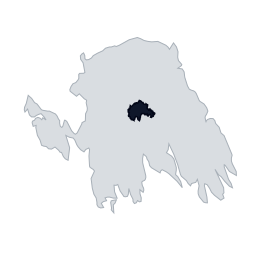 Birr Lea-6, Offaly, Ireland shown in context, rotated 260°
{"feature_id": "5873133B95472927677681", "entity_name": "Birr Lea-6", "entity_type": "district", "adm_level": 2, "iso_a3": "IRL", "parent_name": "Ireland", "parent_adm1": "Offaly", "projection": "robinson", "projection_center": [-7.878, 53.106], "detail": "fine", "context": "in_parent", "style": "filled", "palette": "ink", "viewbox_px": 256, "rotation_deg": 260, "n_neighbors": 0, "source": "geoboundaries", "source_scale": "gbopen_adm2", "svg_char_len": 7887}
<svg xmlns="http://www.w3.org/2000/svg" viewBox="0 0 256 256"><g transform="rotate(260 128 128)"><path d="M167.4,42.6L161.2,45.8L160.3,47.0L158.5,52.0L158.3,53.5L154.4,59.0L152.2,60.2L148.9,61.1L147.1,62.0L144.7,61.5L141.7,61.6L140.2,62.6L140.3,63.3L141.2,64.2L146.7,66.8L146.4,67.8L144.8,69.0L135.0,72.0L132.0,73.9L131.0,75.1L132.0,77.1L139.9,83.1L141.3,83.7L142.4,87.2L149.4,88.7L152.3,90.8L154.7,91.4L160.1,91.2L162.2,92.0L163.4,91.4L164.1,90.2L170.1,86.0L168.2,82.8L174.2,77.4L175.9,77.4L178.7,79.1L181.1,81.4L181.8,84.5L184.1,87.2L185.5,88.2L189.3,88.8L190.2,89.8L189.6,93.8L190.2,95.2L200.0,95.1L203.9,93.3L207.3,93.6L208.9,95.4L209.7,97.3L206.8,98.0L203.7,97.6L202.3,98.8L202.2,101.2L203.3,104.2L205.3,106.3L207.0,111.1L208.4,116.5L210.5,119.7L211.0,123.7L210.7,125.7L211.2,129.2L210.3,130.5L211.0,133.8L214.7,144.5L215.5,152.9L213.7,156.0L211.4,159.0L209.9,162.5L208.7,166.3L208.1,172.4L203.0,179.6L200.8,181.4L198.3,182.5L203.9,187.6L199.4,189.8L194.4,190.5L189.0,189.2L185.6,189.4L181.2,192.0L180.2,191.5L178.2,187.4L176.7,191.7L173.5,193.0L168.1,192.7L159.1,193.9L155.6,195.1L154.2,197.0L153.1,199.2L151.7,200.5L150.1,201.2L143.1,202.8L141.8,203.4L138.5,207.0L134.3,209.0L130.8,209.6L127.6,207.6L126.4,206.3L124.9,205.7L120.1,205.8L121.6,206.4L122.6,207.9L123.1,210.7L122.5,213.4L120.2,214.8L117.3,215.1L112.9,217.9L107.0,218.7L103.8,221.3L84.2,225.7L83.1,225.8L80.4,224.6L77.5,224.1L74.6,224.5L66.4,227.0L62.4,226.5L67.6,220.3L74.4,217.2L75.1,216.4L72.9,216.0L60.0,218.1L55.5,219.9L51.0,220.5L53.1,217.7L58.9,213.9L63.9,211.3L66.1,209.1L72.2,206.5L52.6,211.8L47.5,211.2L46.3,209.7L42.3,210.4L40.8,206.8L46.8,201.4L50.3,199.1L54.4,197.9L58.4,196.1L59.8,193.9L58.0,193.2L46.2,193.7L40.5,193.2L40.9,191.5L41.9,189.6L47.8,186.3L51.0,185.7L53.8,186.1L58.8,188.0L65.4,187.4L62.7,185.3L62.3,181.0L60.2,179.5L62.9,177.6L66.0,176.4L71.2,172.2L73.1,171.6L83.3,170.6L94.3,168.5L105.3,165.5L99.7,163.8L97.0,161.6L92.7,166.1L89.6,167.8L80.8,168.7L78.0,168.2L74.1,166.8L72.9,167.3L71.8,168.4L66.0,170.6L59.8,171.1L67.0,167.1L76.0,160.3L78.1,158.2L81.0,154.4L80.1,152.8L78.2,151.8L84.8,144.2L87.1,142.8L91.3,142.6L94.3,141.3L95.7,141.3L96.9,140.9L99.6,138.6L95.5,137.1L91.2,136.4L78.0,137.2L76.3,137.0L74.7,136.3L73.6,135.3L72.9,132.7L71.9,132.1L68.9,132.1L66.0,132.9L64.0,132.8L62.0,131.7L65.2,129.0L61.1,128.4L56.9,128.9L53.4,128.1L53.3,126.4L54.9,124.8L52.9,123.2L52.5,121.2L54.7,120.2L57.1,120.5L62.0,119.0L68.3,118.3L62.9,116.9L60.8,115.6L60.7,113.7L61.2,112.1L67.4,109.3L74.1,108.1L73.6,106.3L74.1,104.3L67.4,103.7L60.8,105.1L61.5,101.4L63.1,98.0L63.5,95.7L63.2,93.3L60.1,94.3L59.8,91.0L58.5,88.6L53.9,90.2L54.0,87.2L55.4,85.0L57.8,84.1L60.2,84.5L64.6,84.5L68.8,82.9L74.9,82.4L84.7,82.9L91.4,87.5L93.1,86.7L95.8,83.8L97.1,83.5L107.2,84.7L113.4,86.4L115.1,85.9L114.2,82.7L112.1,80.5L114.8,77.6L118.1,75.6L120.3,74.7L125.4,73.5L127.6,72.3L129.1,68.6L131.5,65.5L118.7,67.1L106.6,63.4L108.5,60.9L111.1,59.4L115.5,58.3L115.9,56.9L118.2,55.8L121.9,52.8L120.5,49.0L121.3,46.2L123.9,44.4L124.8,41.8L126.0,39.9L131.3,39.3L136.5,37.5L144.5,37.3L146.5,38.0L146.1,34.9L149.8,34.5L151.3,35.1L151.9,37.3L153.6,38.7L154.1,41.1L153.0,43.0L151.1,44.5L152.9,45.9L150.1,48.7L153.1,47.5L157.2,44.9L157.0,42.7L156.3,40.0L155.1,37.6L155.7,34.9L158.0,33.2L164.1,32.4L161.6,29.3L163.8,29.0L166.3,29.7L169.9,32.1L177.5,35.4L173.8,38.3L169.2,40.4L167.4,42.6ZM59.4,102.6L59.3,104.1L56.3,102.2L54.9,100.2L46.9,99.3L50.3,97.3L51.9,97.9L57.6,98.0L59.2,98.8L59.4,102.6Z" fill="#d9dde1" stroke="#a8b0b8" stroke-width="1"/><path d="M147.4,151.3L147.4,151.0L147.8,150.8L147.9,150.7L148.0,150.6L148.3,150.3L148.3,150.0L148.5,149.9L148.3,149.8L148.1,149.7L148.4,149.5L148.3,149.3L148.3,148.7L148.5,148.3L148.8,147.8L149.0,147.6L149.3,147.5L149.5,147.5L150.1,147.3L150.5,147.1L150.3,146.6L151.1,146.0L151.7,145.8L152.4,145.2L152.6,144.9L152.5,144.7L152.8,144.5L153.1,144.1L153.2,143.9L153.0,143.7L152.1,143.5L152.2,143.3L152.2,143.1L152.0,142.9L151.9,142.8L151.7,142.6L151.4,142.5L151.2,142.2L150.8,141.8L150.8,141.6L150.8,141.4L151.2,141.2L151.4,140.9L151.4,140.6L151.4,140.3L150.9,139.8L150.9,139.7L150.6,139.5L150.7,139.4L150.8,139.4L150.9,139.5L151.0,139.5L151.2,139.3L151.2,139.2L150.9,139.2L151.0,139.0L151.0,138.9L150.8,138.8L150.7,138.8L150.7,138.7L150.7,138.4L150.8,138.2L150.6,137.9L150.3,137.8L150.0,137.7L149.6,137.1L149.4,137.1L149.1,137.1L149.4,137.0L149.6,136.5L149.0,136.1L148.8,135.9L148.6,135.4L148.5,134.8L149.6,134.3L149.7,134.2L149.0,134.0L148.9,134.0L148.7,134.1L148.7,133.9L148.4,133.6L148.2,133.8L147.7,134.0L147.0,133.6L147.0,133.4L146.0,132.8L146.3,132.6L146.7,132.4L146.4,132.2L146.3,131.9L146.1,131.4L145.7,131.5L145.5,131.4L145.2,131.3L144.9,131.1L144.7,131.3L143.9,131.1L143.2,131.1L142.8,131.3L143.0,131.4L142.8,131.8L142.5,131.5L142.2,131.4L141.9,131.5L141.3,131.4L140.9,131.1L140.8,130.9L140.5,130.8L140.4,130.7L140.1,130.7L139.9,130.7L139.7,130.6L139.4,130.7L139.2,130.9L138.9,131.3L139.0,131.4L138.9,131.5L139.0,131.6L138.9,131.8L138.5,131.8L138.2,132.0L137.9,132.1L137.6,132.0L137.3,131.9L137.1,132.1L137.1,132.3L137.0,132.5L136.8,132.6L136.5,132.7L136.2,132.6L135.8,132.6L135.6,132.7L135.6,132.8L135.6,133.0L135.7,133.4L135.6,133.5L135.5,133.8L135.4,134.1L135.2,134.3L134.8,134.4L134.7,134.8L134.6,135.0L134.4,135.2L135.0,135.3L135.1,135.5L135.3,135.7L135.5,135.7L135.6,136.2L136.3,136.3L136.5,136.4L136.6,136.6L137.3,136.9L137.8,137.3L138.0,137.6L137.9,137.8L137.9,138.0L137.7,138.5L137.3,138.8L137.3,139.0L137.0,139.3L136.6,139.3L136.3,139.2L136.2,139.3L135.9,139.2L135.7,139.2L135.5,139.3L135.3,139.3L135.2,139.2L134.7,139.3L134.2,139.6L134.0,139.8L133.9,139.9L133.7,140.2L133.4,140.4L133.3,140.5L133.6,140.6L133.7,140.8L133.8,140.9L134.2,141.0L134.4,141.1L134.5,141.3L134.8,141.4L135.0,141.4L135.1,141.5L135.3,141.5L135.7,141.6L135.9,141.6L136.0,141.7L136.1,141.8L136.3,141.8L136.4,142.0L136.5,142.1L137.0,142.1L137.3,142.2L137.5,142.3L137.7,142.5L137.9,142.6L138.1,142.7L138.4,142.8L138.6,142.9L138.8,143.0L139.0,143.1L139.1,143.3L139.2,143.5L139.5,143.6L139.8,143.8L139.8,144.0L139.6,144.1L139.6,144.3L139.8,144.6L139.8,144.8L139.6,145.1L139.5,145.3L139.6,145.5L139.6,145.8L139.4,145.9L139.4,146.0L139.3,146.3L139.2,146.4L139.1,146.5L139.2,146.8L138.9,146.9L138.5,146.8L138.1,147.0L138.4,147.5L138.2,147.6L138.1,147.9L138.2,148.0L138.3,148.0L138.1,148.3L138.1,148.6L138.2,148.8L138.5,149.0L138.7,149.4L138.5,149.5L138.3,149.5L138.0,149.4L137.9,149.4L137.6,149.3L137.4,149.3L136.9,149.2L136.8,149.3L136.5,149.5L136.3,149.9L136.3,150.0L136.5,150.1L136.8,150.3L137.2,150.5L137.1,150.9L137.5,151.5L137.6,151.8L137.3,151.8L137.2,151.9L137.2,152.1L137.3,152.3L137.2,152.3L136.9,152.7L136.1,152.8L135.9,152.7L135.5,152.6L135.1,152.3L134.8,152.2L134.8,152.4L134.7,152.5L134.4,152.8L134.8,153.3L135.1,153.6L134.9,154.1L135.0,154.4L135.0,154.5L135.1,154.8L135.4,154.7L135.6,154.7L135.7,154.9L135.9,154.9L136.2,155.0L136.4,155.1L136.7,155.2L136.9,155.2L137.2,155.3L137.0,155.5L136.9,155.6L136.9,156.0L136.7,156.0L136.8,156.1L137.1,156.4L137.1,156.5L137.4,156.6L137.5,156.8L137.9,156.9L138.0,156.8L138.2,156.6L138.1,156.4L138.5,156.2L138.8,156.0L138.9,155.7L138.9,155.4L138.6,155.1L138.2,154.7L138.4,154.5L139.1,154.8L139.2,155.0L139.3,155.4L139.4,155.5L139.6,155.4L139.8,155.2L140.1,155.2L140.1,154.9L140.0,154.7L139.9,154.6L140.0,154.4L140.3,154.6L140.8,154.6L140.9,154.4L141.0,154.4L141.3,154.3L141.3,154.2L141.0,154.0L140.9,153.9L141.0,153.9L141.4,153.7L141.5,153.7L141.8,153.6L142.0,153.5L142.2,153.4L141.8,153.0L142.2,152.9L142.6,152.6L142.9,152.6L142.8,152.4L142.6,152.2L142.4,152.2L142.1,152.1L142.0,151.9L142.1,151.7L142.0,151.4L142.8,151.4L142.9,151.2L143.0,151.2L143.5,150.9L143.7,150.6L143.6,150.4L143.9,150.4L144.0,150.4L144.1,150.2L144.5,150.1L144.8,150.2L144.9,150.3L145.0,150.5L145.4,150.6L145.5,150.7L145.8,150.6L146.3,150.9L146.2,151.0L146.3,151.1L146.5,151.1L146.9,151.2L147.1,151.2L147.2,151.3L147.4,151.3Z" fill="#0f172a" stroke="#020617" stroke-width="1.5"/></g></svg>